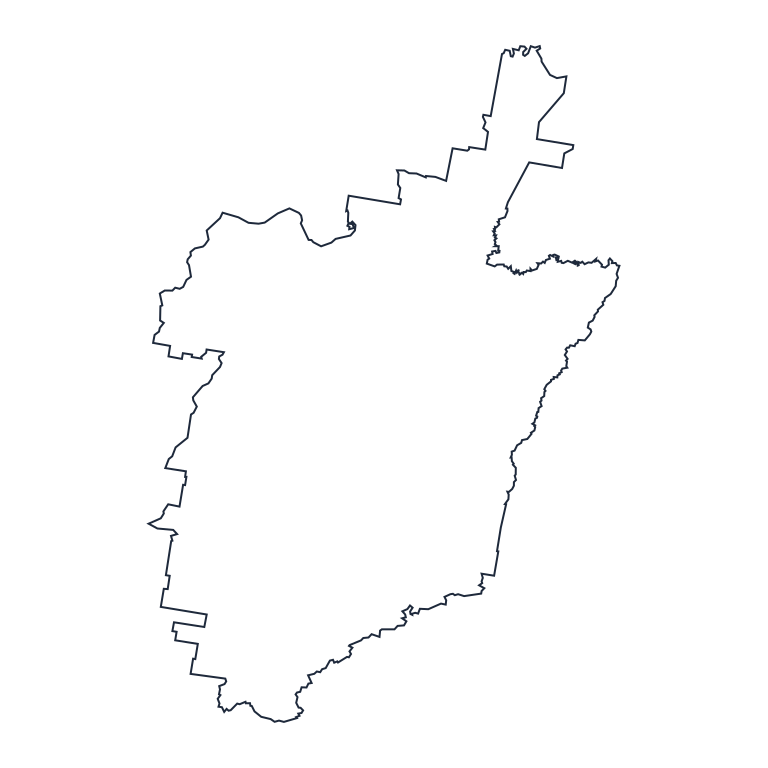 outline of Latrobe (Vic.), Victoria, Australia
{"feature_id": "25037944B78078629114467", "entity_name": "Latrobe (Vic.)", "entity_type": "district", "adm_level": 2, "iso_a3": "AUS", "parent_name": "Australia", "parent_adm1": "Victoria", "projection": "orthographic", "projection_center": [146.558, -38.254], "detail": "fine", "context": "isolated", "style": "outline", "palette": "slate", "viewbox_px": 768, "rotation_deg": 0, "n_neighbors": 0, "source": "geoboundaries", "source_scale": "gbopen_adm2", "svg_char_len": 6100}
<svg xmlns="http://www.w3.org/2000/svg" viewBox="0 0 768 768"><path d="M168.8,459.0L165.3,468.1L185.9,471.3L185.1,476.9L186.4,476.9L185.1,485.1L183.1,484.8L179.5,506.6L168.2,504.3L163.4,511.4L163.8,513.5L160.8,518.3L148.6,523.7L157.4,528.5L173.2,529.9L177.1,534.1L171.0,535.9L172.4,540.7L171.2,541.1L165.9,575.2L169.7,575.8L167.7,589.1L163.8,588.8L160.8,606.9L206.7,614.5L204.3,627.0L174.0,622.3L172.4,631.1L176.6,631.8L175.2,640.3L197.8,643.9L195.3,659.1L193.1,658.7L190.6,673.9L225.3,678.6L226.2,681.4L224.5,684.1L219.2,686.1L220.0,689.4L219.0,694.3L220.4,695.1L217.7,698.8L219.5,703.5L218.5,706.7L221.9,707.2L224.2,711.9L226.6,708.9L228.6,710.7L230.7,710.2L237.2,703.6L239.7,704.2L245.5,701.8L245.9,703.3L250.0,703.2L250.4,705.8L251.8,706.0L254.5,711.4L261.2,716.8L270.7,719.1L274.6,721.8L279.0,720.6L283.9,721.9L296.9,718.1L296.1,717.1L299.5,715.8L298.3,713.6L301.5,713.0L303.1,710.4L300.6,707.8L298.6,707.6L296.2,702.8L297.5,697.1L295.6,694.4L297.0,692.5L300.2,691.8L301.6,687.3L306.5,687.5L308.4,683.6L311.6,683.0L308.1,675.3L314.3,673.8L316.8,671.5L320.2,672.2L322.1,669.2L325.7,668.1L329.9,660.6L333.0,659.8L334.2,662.7L337.3,661.4L338.0,662.5L347.0,656.9L348.9,657.3L351.0,654.0L349.5,651.4L352.4,647.7L349.0,645.9L349.6,645.1L361.0,640.4L363.3,638.0L368.5,637.5L371.6,634.2L379.5,636.9L380.1,630.6L381.9,629.3L394.5,629.3L397.6,625.9L404.0,625.4L406.4,621.3L402.1,618.3L405.8,617.3L405.2,614.5L402.4,611.3L407.4,609.1L410.0,605.5L412.6,607.7L410.1,611.5L410.5,614.0L412.2,614.8L412.0,613.8L415.2,612.8L418.1,613.6L419.9,608.8L428.3,609.2L441.0,603.6L445.7,604.6L446.2,600.3L444.5,596.9L450.4,594.2L452.9,593.8L454.8,595.2L458.1,594.2L464.1,596.1L481.2,593.6L481.6,591.0L484.3,588.2L479.1,585.3L482.2,583.1L481.6,581.3L482.8,577.9L481.6,573.7L494.1,575.7L498.3,551.4L497.0,551.2L500.8,527.6L506.1,504.3L504.9,504.1L508.4,499.3L508.7,494.6L507.4,491.7L508.9,491.9L512.2,489.0L513.9,485.7L513.9,482.1L516.0,480.0L514.7,475.7L515.7,474.5L515.8,467.8L512.9,464.7L513.7,463.7L511.9,461.2L511.6,457.4L510.7,457.5L511.9,454.8L511.7,451.6L514.6,450.6L517.1,445.3L521.2,442.9L522.0,440.1L527.3,439.0L531.5,433.9L530.9,432.8L534.4,430.5L535.2,427.1L534.3,426.1L535.1,425.3L532.4,423.8L534.4,422.4L535.3,418.6L537.0,417.8L537.3,416.5L536.1,415.7L537.3,412.0L538.3,411.9L538.6,408.1L541.6,406.1L540.1,401.8L541.5,400.6L541.1,398.2L544.2,396.1L544.4,392.0L545.5,390.9L544.3,389.2L546.7,384.8L551.0,381.4L551.0,379.9L553.9,378.9L553.7,377.0L557.3,377.4L557.5,375.3L559.7,374.4L559.2,373.3L561.7,372.1L561.1,370.6L562.3,368.6L567.3,367.7L566.3,366.1L567.0,361.7L566.0,360.6L567.6,358.9L564.8,355.0L567.0,351.5L565.6,349.4L567.1,347.6L568.9,347.7L570.2,345.3L574.7,346.2L575.6,343.7L577.5,343.0L578.4,339.9L584.8,340.4L589.9,334.3L591.3,331.6L590.6,329.4L587.8,327.6L588.9,322.6L592.7,320.6L594.6,316.9L594.3,315.3L598.0,311.4L597.8,309.7L603.3,304.8L602.5,302.2L604.5,300.9L605.0,298.0L610.7,294.0L615.7,286.2L616.2,280.7L618.0,277.8L616.6,273.9L619.4,265.8L616.9,265.4L615.7,263.0L611.9,263.1L612.4,261.2L609.9,258.5L608.5,260.3L608.8,264.7L605.2,267.6L601.5,266.6L602.0,264.7L598.0,260.5L595.4,261.4L596.0,259.0L591.6,262.8L588.4,262.4L584.6,264.2L582.3,261.7L580.7,262.9L578.4,262.0L578.7,265.2L577.7,265.6L577.4,262.6L575.4,264.2L573.7,263.3L576.2,261.8L574.9,260.7L572.0,262.6L567.8,260.8L563.4,263.1L561.7,262.8L561.2,260.9L557.7,261.8L558.0,259.9L556.4,260.1L555.9,257.6L558.5,258.0L558.8,256.5L554.7,254.6L553.3,254.9L553.4,256.6L550.1,255.0L548.9,255.8L549.9,258.7L545.9,260.0L544.7,262.9L543.0,261.6L541.1,263.5L537.4,263.2L538.6,264.9L536.8,268.9L532.0,270.5L530.5,268.8L530.5,271.1L526.8,270.5L525.8,272.1L523.7,272.0L523.2,273.9L522.0,272.7L519.0,275.3L520.2,273.4L518.2,272.6L518.8,269.6L516.8,272.4L516.1,270.5L514.6,273.9L513.5,273.2L513.9,271.9L511.4,271.0L510.8,266.2L508.2,268.8L506.7,266.5L504.3,266.3L503.7,264.5L497.1,264.6L494.7,266.4L486.8,263.6L487.6,259.7L489.2,258.6L487.6,255.5L492.6,254.0L492.1,251.5L495.5,250.9L496.4,253.0L499.3,252.4L499.5,250.8L498.2,250.5L498.7,246.2L495.2,246.2L496.4,245.5L494.8,244.1L495.5,242.1L494.4,240.2L496.4,238.4L494.9,237.5L496.1,235.3L493.8,235.3L494.7,233.4L493.1,231.3L495.0,231.0L494.0,229.0L495.0,228.9L494.9,226.9L496.3,227.4L499.4,224.3L497.7,221.9L499.1,221.6L498.8,219.3L505.0,217.3L507.5,211.0L507.4,208.6L505.9,208.5L507.9,202.2L529.2,162.4L562.0,168.0L564.3,153.4L572.7,149.0L573.3,145.1L536.9,139.1L539.0,122.1L563.8,93.2L566.4,76.4L556.9,78.1L550.0,74.9L541.6,61.6L541.4,58.6L536.7,50.7L540.2,48.5L539.7,46.1L535.0,47.6L530.8,46.2L528.1,53.3L524.8,55.9L523.1,54.8L523.2,52.0L526.5,48.8L524.5,46.6L520.3,46.2L518.7,50.3L512.9,48.9L513.9,53.5L512.6,56.6L510.8,56.2L509.7,50.8L505.2,49.8L503.7,53.2L502.0,54.0L490.7,116.1L483.4,114.8L482.9,116.9L485.5,122.4L483.2,128.1L488.0,131.9L485.3,149.6L469.2,147.1L469.0,149.4L467.3,150.7L452.6,148.3L446.1,180.9L435.4,176.9L426.0,176.0L425.8,177.4L416.5,173.5L409.0,173.2L404.4,170.5L397.0,170.3L398.6,174.0L397.9,184.5L400.3,188.0L398.6,198.1L401.0,199.4L400.1,204.3L348.7,195.7L346.2,211.1L347.5,210.5L348.3,212.8L347.9,221.7L348.8,222.7L347.4,225.8L349.5,226.8L349.2,229.2L354.0,228.0L352.5,224.1L349.9,223.8L352.3,221.6L355.5,225.1L354.9,230.5L350.5,235.5L335.6,238.9L331.4,242.6L321.1,246.3L313.3,242.2L311.5,240.0L308.6,239.9L300.8,223.4L302.1,220.3L301.1,215.5L298.9,212.9L289.4,208.4L277.8,213.4L264.7,222.6L258.6,223.7L248.5,222.8L238.4,217.3L222.6,212.7L220.0,218.2L206.7,230.5L208.6,239.6L204.9,244.8L202.9,246.6L194.9,248.4L190.4,252.1L190.9,255.6L187.7,259.3L187.1,262.2L189.0,265.1L191.0,276.7L186.5,279.9L183.2,286.9L179.7,288.8L175.2,287.7L172.4,290.6L164.8,290.5L159.8,293.5L162.3,305.4L160.4,306.2L160.1,320.5L163.8,322.9L159.8,327.9L159.0,331.6L154.6,334.9L153.1,342.9L170.1,345.9L168.5,356.4L181.9,358.9L182.9,353.2L192.1,354.6L191.7,357.0L201.7,358.6L201.2,356.8L206.1,352.8L206.6,349.5L223.9,352.2L222.5,354.7L219.2,356.5L218.9,359.0L221.6,363.1L220.0,367.0L212.2,375.2L211.7,378.6L208.4,383.4L202.6,386.0L192.9,397.3L193.3,400.4L196.8,406.6L193.6,412.8L191.0,414.5L187.5,437.8L175.6,447.4L172.2,456.3L168.8,459.0Z" fill="none" stroke="#1e293b" stroke-width="2"/></svg>